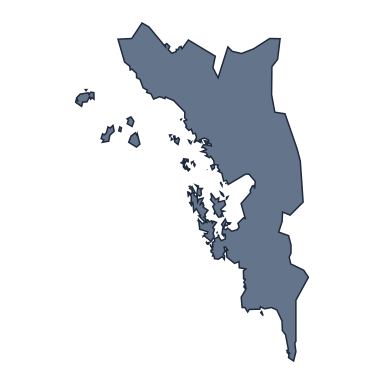 Samar, Samar, Philippines
{"feature_id": "2640588B23016389281073", "entity_name": "Samar", "entity_type": "district", "adm_level": 2, "iso_a3": "PHL", "parent_name": "Philippines", "parent_adm1": "Samar", "projection": "equal_earth", "projection_center": [124.76, 11.713], "detail": "fine", "context": "isolated", "style": "filled", "palette": "slate", "viewbox_px": 384, "rotation_deg": 0, "n_neighbors": 0, "source": "geoboundaries", "source_scale": "gbopen_adm2", "svg_char_len": 6080}
<svg xmlns="http://www.w3.org/2000/svg" viewBox="0 0 384 384"><path d="M280.1,38.7L269.7,38.5L253.7,48.8L241.5,53.5L232.3,51.4L227.9,46.9L218.1,77.8L212.9,67.8L215.3,56.2L188.4,40.0L182.0,48.8L181.0,46.4L179.3,47.1L178.0,49.7L176.3,49.4L176.2,51.6L171.8,53.3L168.2,49.5L169.8,46.6L166.8,43.6L165.1,44.7L165.5,46.9L148.9,26.9L142.0,23.0L131.8,38.5L118.0,39.2L124.6,62.1L129.8,66.2L130.2,69.9L131.8,69.1L136.4,73.2L136.6,77.7L140.0,79.4L143.1,87.8L147.3,90.1L146.6,92.4L150.9,93.8L153.6,99.1L159.7,96.7L165.0,98.6L165.4,97.0L173.7,100.6L184.8,112.0L184.7,117.9L186.7,119.9L183.8,121.1L186.6,126.0L185.7,127.0L188.8,130.4L191.3,129.2L193.0,133.8L195.4,133.4L196.5,137.7L193.9,142.6L196.8,140.6L200.0,142.2L199.3,140.8L199.5,140.1L201.7,141.8L200.7,139.4L204.5,138.0L208.5,140.0L208.6,143.0L211.2,144.3L211.3,146.0L207.8,145.0L207.0,141.2L204.4,140.6L206.5,144.9L203.4,144.8L201.9,147.4L204.3,147.8L206.4,149.6L201.4,151.6L206.0,152.7L207.6,155.2L205.7,155.7L209.5,157.7L210.6,156.3L213.7,160.4L214.3,164.3L210.7,165.7L212.3,169.8L214.5,168.0L214.3,164.4L218.2,165.2L217.3,167.1L219.7,170.5L218.1,171.1L221.9,173.3L223.6,181.0L226.6,180.5L228.2,184.5L245.9,174.0L249.1,174.3L255.2,181.4L254.7,188.6L253.7,185.6L252.3,186.0L250.1,190.6L250.7,192.5L241.1,203.6L245.3,218.5L243.6,217.8L237.9,223.3L239.1,227.1L237.2,229.7L231.8,231.3L227.6,228.1L226.0,229.7L222.7,228.5L222.0,234.0L223.7,235.9L223.9,234.1L225.4,234.7L225.3,238.9L221.4,240.7L218.6,236.7L214.4,238.9L214.8,241.1L212.6,242.5L212.9,246.9L211.2,246.3L210.7,244.9L210.3,245.1L212.8,249.8L211.0,250.2L211.0,251.9L213.4,253.6L212.5,256.0L214.1,256.0L214.5,258.7L218.5,259.2L222.2,256.6L224.3,259.4L224.7,255.8L223.2,254.6L225.1,250.7L224.1,247.2L225.3,246.8L227.8,250.1L226.3,250.9L227.0,257.3L234.6,263.4L238.9,261.6L239.3,267.8L245.8,268.9L243.4,270.8L243.6,278.9L245.3,279.2L243.8,282.6L245.3,284.6L246.0,289.0L241.2,297.2L242.1,307.5L244.9,307.5L247.7,312.0L249.3,309.4L259.8,309.2L260.5,306.8L264.5,308.8L271.5,307.5L276.9,310.0L282.0,321.0L282.4,330.6L285.6,334.8L288.4,349.8L286.9,350.5L289.1,352.8L287.5,352.6L289.0,354.6L288.5,357.6L293.6,361.0L295.9,351.7L294.8,343.2L295.9,341.3L295.9,300.2L308.4,277.3L303.7,270.2L290.7,263.9L289.2,257.1L291.0,253.1L291.0,245.0L288.6,235.7L278.7,232.1L282.1,221.5L282.6,212.1L290.1,215.1L303.1,202.1L300.3,161.1L297.2,149.2L285.0,113.8L274.8,112.2L271.6,94.6L271.9,66.7L277.6,59.3L280.1,38.7ZM196.8,197.3L194.3,195.2L193.4,192.9L195.3,193.0L192.0,186.6L189.7,188.4L192.0,189.8L192.3,192.7L190.5,194.4L189.7,192.8L189.3,193.1L187.9,191.8L187.7,191.9L188.3,196.0L189.8,193.9L191.4,196.6L191.1,202.4L189.8,202.6L191.4,205.4L192.7,201.8L193.8,211.8L196.3,208.7L200.5,215.8L198.9,215.9L204.8,222.0L202.9,223.9L198.7,219.9L199.7,229.3L207.9,231.8L206.9,233.8L204.4,233.4L204.8,236.3L211.2,241.3L214.3,236.6L213.1,233.7L214.4,229.1L212.7,227.7L216.5,222.4L213.3,221.2L212.3,223.1L211.7,220.8L209.3,221.8L207.7,219.8L206.5,220.1L207.0,222.5L205.5,222.4L205.6,218.9L203.9,217.2L205.6,216.7L204.8,214.3L208.0,210.3L203.1,207.1L203.9,205.4L202.2,203.6L201.7,203.4L200.5,204.1L200.4,204.4L200.3,204.6L200.2,204.6L203.1,198.1L199.0,199.1L197.6,202.0L197.1,195.4L196.8,197.3ZM220.7,209.4L225.5,204.8L224.4,200.6L218.4,202.0L218.8,197.8L215.7,199.6L210.8,193.0L211.7,197.8L210.5,199.6L214.7,204.4L212.7,206.5L214.9,211.3L214.0,214.4L215.5,212.6L218.6,217.2L221.5,216.6L221.1,215.6L221.2,214.9L221.3,214.8L223.0,215.8L220.7,209.4ZM90.8,92.1L88.9,94.5L88.2,92.8L80.2,94.1L76.6,97.9L78.2,101.5L76.2,99.8L75.6,102.3L81.6,106.4L82.7,102.1L86.9,101.9L89.6,96.8L90.7,99.2L91.8,97.6L94.0,99.2L93.9,92.7L90.8,92.1ZM113.0,125.4L110.2,128.0L108.0,126.9L106.4,132.8L104.2,134.9L102.6,133.8L101.1,138.6L103.8,140.0L102.4,142.3L108.7,141.2L109.8,135.3L114.2,131.2L113.0,125.4ZM135.3,132.8L131.0,136.1L128.7,142.3L136.5,147.1L139.9,144.1L137.2,133.5L136.7,135.0L135.3,132.8ZM131.0,116.9L127.1,118.8L128.4,120.3L127.2,123.7L132.1,126.5L133.9,121.3L131.0,116.9ZM197.7,187.5L196.8,194.8L199.8,196.1L201.4,194.7L200.9,190.4L202.3,188.5L198.0,188.5L198.5,186.1L195.6,185.0L197.7,187.5ZM174.8,141.9L178.0,144.5L179.4,139.2L178.4,137.7L175.4,139.4L174.9,136.1L173.6,136.1L174.8,141.9ZM225.3,219.1L221.6,224.5L223.9,227.9L224.6,225.6L227.8,225.7L224.9,224.5L226.3,222.0L225.3,219.1ZM185.9,169.7L183.1,160.5L183.0,160.8L182.9,161.5L181.1,162.8L183.3,163.8L183.5,167.3L185.9,169.7ZM188.1,159.4L184.0,158.8L184.8,163.6L186.6,160.4L187.3,161.5L188.2,161.7L188.1,159.4ZM119.8,126.9L118.7,130.8L120.7,131.6L121.5,127.9L119.8,126.9ZM263.1,315.6L261.6,311.5L260.7,312.6L263.1,315.6ZM220.5,192.1L221.5,194.4L224.1,196.9L222.6,193.5L220.5,192.1ZM230.6,222.9L227.3,222.6L228.1,224.5L229.8,224.1L230.6,222.9ZM186.8,166.1L186.4,168.3L187.8,170.2L188.0,168.2L186.8,166.1ZM209.8,242.4L207.7,242.8L206.9,243.8L208.0,244.3L209.8,242.4ZM86.8,89.6L85.3,89.6L86.1,90.7L86.8,89.6ZM189.9,140.8L188.6,140.3L189.3,141.9L189.9,140.8ZM226.7,249.4L225.7,251.1L227.5,250.3L226.7,249.4ZM193.9,163.0L194.0,165.4L194.6,166.2L195.1,164.7L193.9,163.0ZM172.5,139.2L171.4,138.0L171.3,140.0L172.5,139.2ZM222.1,184.4L221.1,184.0L222.0,185.7L222.1,184.4ZM192.6,161.7L191.3,162.3L191.6,163.3L192.6,161.7ZM171.1,134.9L169.5,135.0L169.9,136.3L171.1,134.9ZM181.4,119.2L180.1,119.8L181.2,119.8L181.4,119.2ZM227.9,196.6L226.6,197.2L226.4,199.2L226.7,199.0L227.9,196.6ZM218.2,234.5L218.3,236.5L218.8,236.6L218.9,235.9L218.2,234.5ZM224.1,211.2L222.8,210.9L222.9,211.6L224.1,211.2ZM244.8,286.7L244.1,287.2L244.7,287.9L244.8,286.7ZM244.8,285.3L244.2,285.9L244.7,286.1L244.8,285.3ZM190.8,143.7L191.3,142.2L190.2,143.1L190.8,143.7ZM198.3,220.1L198.0,220.7L198.4,220.9L198.3,220.1ZM206.4,242.2L206.0,242.9L206.6,242.4L206.4,242.2ZM190.0,186.2L189.4,186.4L190.2,187.0L190.0,186.2ZM220.9,181.9L220.6,182.8L221.0,182.9L220.9,181.9ZM189.8,169.5L189.5,168.2L189.3,169.9L189.8,169.5ZM202.9,202.7L202.2,203.0L203.1,203.4L202.9,202.7ZM207.3,169.9L206.9,169.5L207.3,169.9ZM225.9,183.2L225.7,182.7L226.0,184.1L225.9,183.2ZM203.1,236.3L204.1,235.6L203.2,235.9L203.1,236.3ZM217.3,232.3L216.9,231.8L217.1,232.6L217.3,232.3Z" fill="#64748b" stroke="#1e293b" stroke-width="1.5"/></svg>